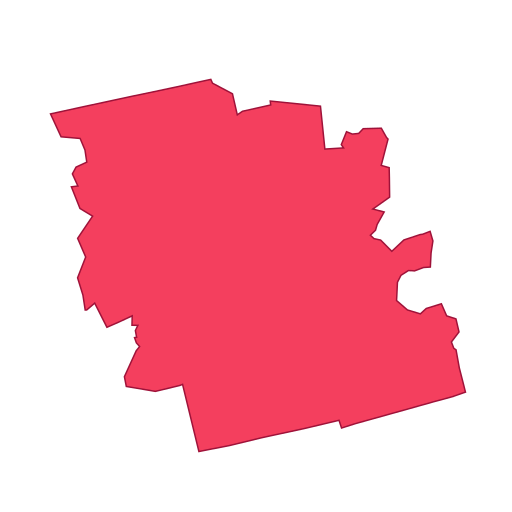 outline of Worcester, Massachusetts, United States of America, rotated 346°
{"feature_id": "52423323B99860119642972", "entity_name": "Worcester", "entity_type": "district", "adm_level": 2, "iso_a3": "USA", "parent_name": "United States of America", "parent_adm1": "Massachusetts", "projection": "robinson", "projection_center": [-71.838, 42.365], "detail": "fine", "context": "isolated", "style": "filled", "palette": "rose", "viewbox_px": 512, "rotation_deg": 346, "n_neighbors": 0, "source": "geoboundaries", "source_scale": "gbopen_adm2", "svg_char_len": 1618}
<svg xmlns="http://www.w3.org/2000/svg" viewBox="0 0 512 512"><g transform="rotate(346 256 256)"><path d="M77.2,267.1L78.7,267.4L88.1,262.7L94.1,289.1L107.0,286.9L121.4,284.1L118.9,293.2L124.6,294.7L120.9,299.2L120.5,306.0L118.4,305.8L118.9,311.3L121.2,315.7L116.9,318.9L99.1,341.3L98.6,351.2L125.6,363.0L150.8,363.2L153.7,362.8L153.3,431.9L167.7,432.6L168.7,432.7L184.2,433.5L216.9,433.7L227.3,434.0L258.2,435.0L261.1,435.1L296.8,435.5L297.4,443.6L311.6,442.7L348.1,441.7L363.3,441.3L379.8,440.8L388.3,440.6L392.6,440.4L400.1,440.3L413.1,440.0L413.7,440.0L413.8,439.9L424.6,438.9L425.1,438.9L425.6,438.8L426.3,438.8L426.3,431.2L426.2,413.7L427.4,395.4L425.6,393.4L424.8,386.7L434.6,378.8L434.8,365.4L426.5,360.2L424.3,347.2L408.5,348.1L401.5,351.9L389.9,345.0L381.6,333.2L382.9,329.0L386.9,315.7L392.0,309.8L400.3,307.0L403.9,308.0L406.2,308.8L415.8,307.7L422.5,308.9L426.6,295.4L431.3,284.2L430.9,274.2L423.0,275.2L420.5,274.9L403.4,276.2L388.9,284.3L380.8,270.7L374.7,267.7L372.0,263.5L378.2,259.9L381.2,254.7L391.0,244.3L380.7,238.7L399.9,231.2L404.3,212.6L406.6,202.5L399.4,198.4L412.4,174.5L411.3,172.5L408.5,162.3L390.8,158.4L385.3,161.9L379.0,161.0L373.9,157.3L365.7,168.6L367.1,172.3L348.7,168.9L354.8,126.2L307.3,109.1L306.8,113.0L277.9,112.3L272.0,114.5L272.4,92.9L255.6,77.8L254.9,73.7L242.1,73.3L219.6,72.7L178.2,71.2L177.0,71.1L164.3,70.7L158.6,70.5L124.9,69.4L91.0,68.4L95.7,93.2L113.8,99.4L115.7,111.8L114.5,124.0L102.9,126.2L97.7,131.9L100.1,145.0L93.6,144.2L96.7,167.3L107.1,177.8L87.2,195.7L90.5,215.8L77.6,234.0L78.6,252.1L77.2,267.1Z" fill="#f43f5e" stroke="#9f1239" stroke-width="1.5"/></g></svg>